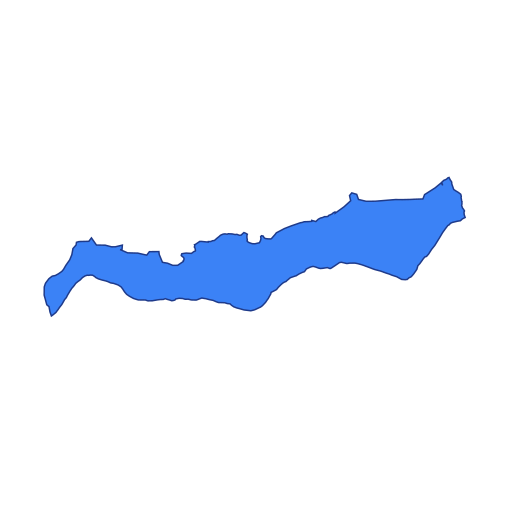 the district of Ayat, Al Jizah, Egypt, rotated 71°
{"feature_id": "37247803B7250727301439", "entity_name": "Ayat", "entity_type": "district", "adm_level": 2, "iso_a3": "EGY", "parent_name": "Egypt", "parent_adm1": "Al Jizah", "projection": "albers", "projection_center": [31.24, 29.564], "detail": "fine", "context": "isolated", "style": "filled", "palette": "blue", "viewbox_px": 512, "rotation_deg": 71, "n_neighbors": 0, "source": "geoboundaries", "source_scale": "gbopen_adm2", "svg_char_len": 5640}
<svg xmlns="http://www.w3.org/2000/svg" viewBox="0 0 512 512"><g transform="rotate(71 256 256)"><path d="M246.1,469.0L245.9,468.2L245.4,466.7L244.2,463.5L243.0,461.8L242.3,460.7L241.7,459.9L240.7,458.6L238.7,455.5L238.3,455.0L235.4,451.7L235.1,451.5L233.6,448.9L231.7,447.0L228.0,442.6L227.8,442.2L226.7,440.9L225.7,439.1L224.9,437.8L224.8,437.6L223.2,435.4L222.2,432.8L221.4,430.0L219.9,427.1L219.8,426.7L219.2,424.2L219.2,421.9L219.8,420.5L220.1,418.8L221.0,416.7L222.4,415.6L222.8,415.3L223.4,414.9L224.1,414.6L226.3,412.5L228.5,409.5L230.7,406.1L232.1,404.3L234.1,402.2L235.5,399.6L237.7,396.8L238.6,395.7L241.3,393.6L244.4,392.6L245.5,392.4L247.3,391.9L250.1,390.8L252.4,389.1L252.7,388.9L256.2,385.7L256.9,384.8L258.0,383.3L258.7,382.3L259.2,381.6L259.9,379.7L260.8,377.1L261.5,375.2L261.6,374.9L263.1,373.0L263.3,372.5L264.6,368.5L264.6,368.4L265.0,365.9L265.4,363.4L266.0,360.7L266.9,357.8L266.8,355.7L268.2,353.9L269.4,352.1L270.9,350.2L271.2,348.3L271.2,347.8L271.2,346.9L270.5,345.8L270.9,342.8L271.0,342.3L272.3,339.2L273.8,337.1L274.0,336.5L274.8,334.1L276.4,331.6L276.9,330.4L277.7,328.2L278.2,326.8L278.2,326.3L278.2,325.1L278.1,322.8L278.1,320.9L279.3,318.8L280.1,317.2L280.4,316.8L282.2,314.1L282.4,313.7L284.0,311.0L286.3,308.5L287.8,306.6L289.0,303.4L290.1,300.6L291.0,299.5L291.7,298.5L292.8,296.1L294.6,295.2L297.0,293.4L297.4,292.8L298.7,291.3L300.5,288.6L303.1,284.9L303.6,283.9L303.8,283.4L304.6,281.8L306.1,278.7L306.3,276.6L306.4,275.1L306.4,274.5L305.8,268.9L305.8,268.4L305.1,266.2L303.5,263.1L302.9,262.0L301.3,259.9L300.3,258.4L298.2,256.1L296.7,254.4L295.3,253.6L295.1,251.8L294.7,249.2L294.4,247.5L293.7,246.4L292.9,245.2L291.3,241.9L290.4,239.7L290.0,238.0L289.9,237.6L289.9,236.0L289.1,234.3L288.8,233.4L287.8,230.8L287.7,230.6L287.7,228.2L287.7,227.3L287.7,225.5L287.8,224.4L287.7,224.2L287.0,221.2L286.6,217.7L286.6,215.3L284.6,212.5L284.6,212.2L284.2,208.9L284.2,207.1L284.4,205.4L285.6,203.5L287.4,201.3L287.8,200.8L288.0,200.5L288.8,199.2L289.4,196.8L289.8,194.4L290.2,192.3L291.9,190.2L292.0,189.9L292.0,189.3L291.9,188.9L291.9,188.6L290.8,184.3L289.4,179.2L289.7,177.3L290.1,176.7L291.4,174.6L292.4,173.1L292.7,172.5L293.0,171.2L293.2,169.9L293.4,169.3L294.9,164.8L296.4,162.2L298.6,159.0L300.6,156.4L301.1,155.9L302.1,154.6L304.0,152.3L306.3,149.6L306.5,149.3L307.4,148.2L309.2,145.5L309.7,144.8L310.5,143.5L312.3,141.2L313.2,140.2L313.5,139.7L313.9,139.3L314.6,138.4L316.6,135.7L318.5,133.6L318.7,133.3L321.4,129.7L321.7,129.4L322.2,129.0L323.6,127.7L324.8,126.6L325.5,126.0L325.6,125.8L327.0,122.6L327.3,120.9L327.4,120.7L326.4,118.4L326.2,116.2L325.6,115.0L324.6,113.3L323.9,112.2L323.4,111.6L322.6,110.4L322.3,110.0L321.9,109.5L320.9,108.2L320.0,107.6L319.3,107.1L318.6,106.6L317.9,106.2L316.6,103.7L316.4,103.4L314.1,100.1L313.8,99.8L311.9,96.8L311.9,94.9L311.0,93.3L310.1,91.8L309.4,91.0L306.9,87.8L304.2,83.5L298.4,76.4L294.5,71.8L294.4,71.6L293.8,70.8L292.7,69.2L292.1,68.4L290.7,66.3L290.3,65.7L289.7,64.9L289.4,63.4L289.3,62.9L288.4,61.6L288.2,59.3L288.7,54.1L289.2,51.3L288.8,50.4L288.8,50.2L288.6,49.9L288.1,48.7L287.9,47.4L287.7,45.7L284.7,45.7L282.1,45.0L281.3,44.2L279.7,44.5L279.0,44.7L278.0,45.1L276.6,45.1L275.4,45.2L273.8,44.3L272.4,43.9L271.7,43.5L271.2,43.7L270.1,43.5L269.2,43.3L267.6,43.1L266.5,42.5L264.3,42.3L262.0,43.8L259.7,45.7L257.5,47.4L256.5,47.4L255.9,47.4L253.6,47.4L252.7,47.4L251.6,47.4L249.8,46.9L248.1,47.3L247.6,47.5L246.3,47.7L245.1,47.9L244.6,47.9L244.6,49.2L245.4,50.9L245.5,52.1L245.6,53.8L246.8,56.5L250.0,56.5L247.1,57.0L249.9,64.5L252.5,75.2L252.8,76.6L256.4,79.6L254.1,87.1L252.8,91.6L250.4,99.1L248.0,105.9L243.1,125.1L241.9,128.8L240.1,134.1L235.9,140.7L230.5,140.7L227.5,144.9L229.3,147.9L234.6,148.5L236.4,152.7L238.2,156.9L240.9,165.9L241.3,167.2L240.7,167.0L240.1,167.0L240.3,168.8L241.0,170.5L241.2,172.3L241.3,174.1L242.0,175.2L241.6,177.0L241.1,178.3L241.3,180.6L241.1,182.7L241.5,185.1L242.9,188.2L240.5,191.7L241.4,192.0L240.5,195.4L239.3,199.3L239.3,201.4L239.0,203.2L239.0,205.3L239.0,212.7L239.3,220.2L240.7,229.2L241.9,231.0L244.6,235.8L244.6,236.7L243.7,239.1L242.5,241.5L241.3,242.4L239.5,242.7L238.6,244.2L239.2,245.3L241.3,245.7L243.1,246.9L244.6,248.5L244.4,250.1L244.1,253.1L243.1,255.6L242.1,256.9L240.5,258.8L238.8,259.6L238.1,259.0L235.7,258.6L234.5,258.2L233.3,257.7L232.6,257.1L231.0,258.5L229.9,259.8L230.6,261.5L231.4,263.2L231.0,265.0L229.3,267.0L228.9,268.8L227.4,271.3L226.4,273.8L225.9,275.0L226.0,276.2L225.0,278.1L224.6,279.9L224.7,281.7L224.8,282.3L224.8,282.8L225.6,284.6L226.4,286.9L227.1,288.6L227.8,290.3L227.4,292.2L227.6,293.9L226.8,296.5L227.3,296.7L224.5,302.7L224.2,303.6L223.9,304.5L224.5,306.6L225.3,309.6L225.3,310.5L226.2,310.5L226.8,310.8L227.4,311.4L228.6,311.1L231.0,311.4L231.5,311.7L231.6,313.3L232.5,316.2L231.5,318.7L230.5,321.1L230.1,323.0L229.7,325.4L231.0,326.5L231.6,326.4L232.7,325.7L233.8,325.0L235.0,324.9L236.2,325.4L236.9,326.5L237.5,326.5L239.3,333.1L237.7,337.8L234.0,342.0L232.7,344.4L231.5,346.5L223.2,347.0L221.6,346.7L220.2,346.4L217.2,355.4L219.6,359.0L218.1,361.5L214.8,366.8L211.2,376.4L207.6,380.3L205.7,382.4L206.3,380.6L202.2,378.8L201.5,386.0L200.3,389.6L196.7,395.0L193.7,403.3L185.3,405.7L187.7,409.3L185.1,417.4L184.7,418.9L184.6,421.3L187.0,422.5L189.4,426.7L190.0,427.0L194.8,429.7L199.0,433.4L202.9,438.8L205.6,441.9L205.9,442.2L207.3,444.5L207.5,445.1L208.4,448.2L208.5,448.6L209.1,452.1L208.7,455.2L209.4,457.4L210.1,459.3L213.0,463.6L213.6,464.2L216.2,466.2L216.9,466.5L221.7,468.2L223.9,469.0L224.0,469.0L224.6,469.1L228.3,469.3L234.0,469.7L236.5,468.2L239.8,468.7L241.8,469.0L246.1,469.0L246.1,469.0Z" fill="#3b82f6" stroke="#1e3a8a" stroke-width="1.5"/></g></svg>